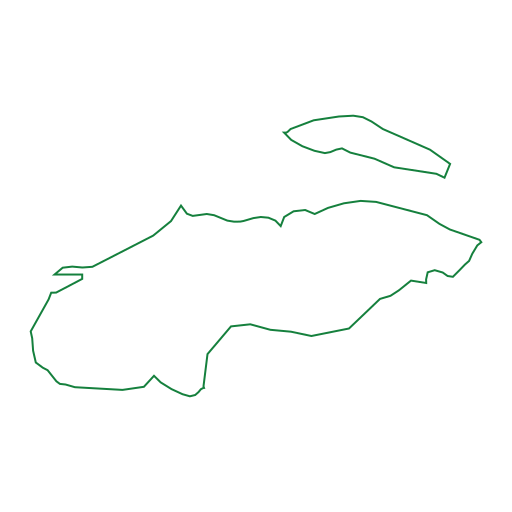 the border of Nord-Ouest
{"feature_id": "HTI-1361", "entity_name": "Nord-Ouest", "entity_type": "Department", "adm_level": 1, "iso_a3": "HTI", "parent_name": "Haiti", "parent_adm1": "", "projection": "natural_earth1", "projection_center": [-72.992, 19.852], "detail": "fine", "context": "isolated", "style": "outline", "palette": "green", "viewbox_px": 512, "rotation_deg": 0, "n_neighbors": 0, "source": "natural_earth", "source_scale": "10m", "svg_char_len": 1440}
<svg xmlns="http://www.w3.org/2000/svg" viewBox="0 0 512 512"><path d="M204.0,387.9L203.4,387.9L200.9,389.2L198.5,392.1L195.2,395.0L189.9,396.3L182.5,394.2L171.5,389.1L160.7,382.4L154.0,375.8L143.9,386.8L122.5,389.9L74.9,387.2L65.5,384.5L59.9,383.9L56.4,381.3L47.6,370.2L42.8,367.7L35.8,362.5L33.1,350.7L32.2,338.3L30.7,331.4L48.6,299.4L51.2,292.7L56.1,292.6L82.2,278.9L82.2,274.5L54.6,274.5L62.7,267.7L72.2,266.6L82.4,267.5L92.4,266.8L153.2,235.6L171.0,221.1L181.0,205.6L186.9,213.7L192.7,215.9L206.8,214.0L214.1,215.2L227.3,220.6L234.2,221.7L240.2,221.6L243.5,221.0L253.4,218.1L260.8,217.0L268.4,217.7L275.4,220.6L280.7,226.1L284.2,217.0L293.6,211.3L305.1,210.0L314.7,214.0L328.0,207.9L343.9,203.3L360.6,200.9L376.1,201.9L427.0,215.2L439.5,223.9L449.9,229.5L479.5,239.8L481.3,242.2L477.3,245.4L472.3,253.7L469.1,260.9L465.0,264.5L459.4,270.3L452.9,276.8L447.6,276.0L442.7,272.5L434.7,270.2L427.7,272.3L426.1,279.4L426.2,283.0L411.0,280.6L398.8,290.4L390.5,295.8L380.0,298.9L349.0,328.5L311.4,336.0L291.0,331.7L270.4,329.8L250.3,324.3L231.0,326.4L207.5,354.1L203.5,386.3L204.0,387.9ZM338.9,116.5L353.3,115.7L362.9,117.2L371.5,121.5L382.8,129.0L430.0,149.7L450.1,163.9L444.5,177.7L436.4,173.8L394.1,167.3L374.5,158.7L350.3,152.6L342.0,148.4L336.3,149.6L330.3,152.1L324.9,153.1L314.5,150.8L302.3,146.2L291.2,139.9L284.1,132.6L286.3,132.6L287.7,131.8L290.6,129.0L313.7,120.3L338.9,116.5Z" fill="none" stroke="#15803d" stroke-width="2"/></svg>